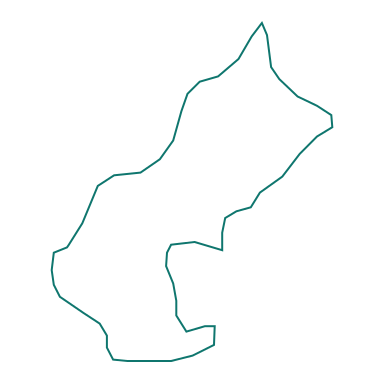 SVG path tracing the border of Vraneštica
{"feature_id": "MKD-2916", "entity_name": "Vraneštica", "entity_type": "Statistical Region", "adm_level": 1, "iso_a3": "MKD", "parent_name": "North Macedonia", "parent_adm1": "", "projection": "equal_earth", "projection_center": [21.055, 41.496], "detail": "fine", "context": "isolated", "style": "outline", "palette": "teal", "viewbox_px": 384, "rotation_deg": 0, "n_neighbors": 0, "source": "natural_earth", "source_scale": "10m", "svg_char_len": 801}
<svg xmlns="http://www.w3.org/2000/svg" viewBox="0 0 384 384"><path d="M261.9,23.0L267.0,35.1L271.1,67.1L279.3,79.1L297.6,96.5L317.0,105.8L331.3,115.1L332.3,127.2L317.0,136.5L299.7,153.9L282.3,176.6L259.9,192.6L250.8,207.3L236.4,211.3L225.2,218.0L222.2,232.7L222.2,240.7L222.2,250.2L194.6,242.0L171.1,244.7L167.0,252.7L166.1,266.1L173.2,283.5L176.3,300.8L176.3,315.5L186.4,331.6L204.9,326.2L214.7,326.2L214.0,344.9L192.6,355.6L171.1,361.0L152.8,361.0L127.3,361.0L113.1,359.6L106.9,347.6L106.9,335.6L99.7,323.6L83.4,312.9L59.9,296.8L53.8,284.8L51.7,270.1L53.8,252.7L67.0,247.4L68.6,245.1L82.3,223.3L97.8,185.9L114.1,175.3L140.5,172.6L159.9,159.2L173.2,140.5L181.4,111.2L187.5,93.8L199.7,81.7L218.1,76.4L238.5,59.0L251.7,36.4L260.8,24.4L261.9,23.0Z" fill="none" stroke="#0f766e" stroke-width="2"/></svg>